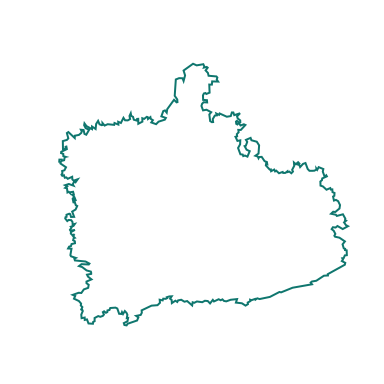 the district of Sunamganj, Sylhet, Bangladesh, rotated 165°
{"feature_id": "16705992B61059366245275", "entity_name": "Sunamganj", "entity_type": "district", "adm_level": 2, "iso_a3": "BGD", "parent_name": "Bangladesh", "parent_adm1": "Sylhet", "projection": "mercator", "projection_center": [91.358, 24.888], "detail": "fine", "context": "isolated", "style": "outline", "palette": "teal", "viewbox_px": 384, "rotation_deg": 165, "n_neighbors": 0, "source": "geoboundaries", "source_scale": "gbopen_adm2", "svg_char_len": 5964}
<svg xmlns="http://www.w3.org/2000/svg" viewBox="0 0 384 384"><g transform="rotate(165 192 192)"><path d="M303.6,274.6L305.5,266.9L303.0,266.2L302.4,268.4L301.6,268.4L301.8,265.8L307.9,264.7L308.4,263.5L306.5,262.1L307.0,259.9L304.9,258.6L305.9,258.6L307.3,255.8L309.5,255.8L309.4,257.0L311.7,257.6L312.4,255.6L311.0,254.9L311.7,253.6L307.3,248.5L309.6,246.0L312.0,245.9L312.3,243.7L313.6,242.5L313.1,241.2L311.4,241.4L311.2,238.7L309.6,238.6L308.6,236.9L303.8,237.7L304.3,235.1L303.4,233.6L299.1,233.9L302.0,231.5L303.0,232.7L305.2,230.3L304.8,228.8L308.9,231.6L312.8,231.4L311.1,229.8L313.4,228.8L311.8,227.8L312.4,223.8L311.0,224.1L310.0,222.4L309.8,223.3L306.8,223.0L306.8,220.1L308.3,220.3L306.9,217.5L306.4,213.2L306.8,214.8L307.5,213.9L308.0,217.1L309.0,216.4L309.2,212.7L307.8,212.1L307.7,209.4L306.5,208.2L309.0,205.2L312.8,204.1L312.3,198.5L315.3,199.2L315.4,202.2L316.2,202.8L319.1,202.5L319.6,200.5L320.7,200.4L321.3,199.2L320.0,196.2L318.4,196.9L315.9,196.0L315.2,193.9L315.7,191.5L313.4,191.5L315.3,189.9L318.0,189.8L317.6,188.8L319.7,187.0L319.4,186.0L314.9,185.7L319.3,184.6L319.8,183.2L318.6,181.1L316.4,181.6L318.3,180.2L317.1,178.1L318.2,178.1L319.3,176.2L317.9,174.7L318.3,172.8L321.8,172.9L322.9,171.1L324.9,171.0L326.3,169.5L323.1,168.4L325.8,162.5L325.5,161.2L321.3,158.4L322.9,158.0L322.8,156.2L312.8,152.4L309.6,149.4L310.5,148.7L317.4,150.9L320.3,149.7L317.6,148.0L314.1,143.5L310.3,141.3L310.3,139.9L310.6,139.0L314.8,139.3L314.4,137.2L311.7,133.6L317.1,132.8L317.5,131.2L315.8,129.1L317.1,126.3L321.7,125.9L325.0,123.1L327.6,124.0L333.8,123.5L331.7,121.8L333.6,119.5L329.5,116.0L328.0,112.9L328.8,111.2L327.7,109.2L330.0,106.5L328.6,107.4L328.3,105.3L330.7,102.2L331.3,98.7L328.2,98.5L328.7,96.2L326.4,96.1L326.0,91.8L321.8,90.4L321.1,92.1L319.5,92.4L318.7,95.5L314.7,96.4L312.9,95.2L310.2,95.4L308.8,96.4L309.2,99.0L307.8,99.5L306.4,97.6L304.9,97.9L304.3,99.5L302.3,99.4L301.0,101.1L295.8,100.1L294.3,98.8L293.9,93.2L291.8,92.5L290.7,94.1L290.2,92.0L287.7,94.4L286.5,92.1L286.2,90.1L287.6,87.1L286.3,86.9L287.8,83.8L291.8,83.0L291.7,81.0L289.7,80.1L288.3,81.4L278.3,82.1L276.3,84.7L278.0,86.8L273.4,86.5L271.7,88.4L271.3,90.7L260.5,92.7L254.6,91.6L251.6,93.3L251.1,96.3L248.4,94.9L247.4,96.4L245.0,95.6L243.5,95.9L243.6,96.9L240.9,97.0L238.6,96.5L240.8,94.6L239.6,93.0L240.2,89.9L236.2,91.3L234.7,89.6L233.5,90.9L230.3,90.7L227.7,88.0L224.9,87.9L221.2,82.4L219.9,85.3L218.5,84.4L215.6,85.0L210.6,82.9L207.7,83.6L205.0,82.6L203.4,79.7L199.8,82.4L199.1,80.6L194.0,81.5L192.3,80.0L190.4,80.4L189.3,78.5L187.2,77.5L182.6,77.9L176.2,76.9L178.2,73.8L172.6,71.6L169.7,68.4L167.0,69.2L166.8,70.8L163.9,71.5L163.7,72.9L162.4,72.1L158.7,72.4L158.6,71.6L156.5,72.4L154.4,71.1L143.9,70.5L133.4,72.8L131.9,72.0L119.6,73.5L100.0,71.8L100.8,73.8L99.4,74.5L94.9,74.1L86.2,77.0L82.3,76.2L82.1,77.5L63.2,82.2L62.3,83.9L65.1,86.5L63.7,87.6L64.0,89.1L62.6,88.9L60.8,91.2L58.8,90.9L57.7,95.6L59.2,96.3L58.8,97.5L60.0,98.3L60.1,102.5L57.1,104.7L61.4,109.7L65.4,111.8L65.8,112.9L64.4,114.4L65.1,117.8L66.7,120.0L65.0,121.5L62.5,120.5L60.3,121.5L56.0,117.2L50.2,118.6L51.9,120.2L53.0,123.3L50.6,124.4L51.5,125.2L50.8,126.6L52.0,131.4L58.3,131.4L58.9,132.8L63.3,135.0L60.7,136.4L58.8,135.6L53.8,137.9L52.4,141.1L53.2,145.3L55.0,147.1L57.1,147.0L56.9,151.1L55.5,151.5L54.6,154.2L56.3,155.5L55.8,158.2L57.2,158.4L57.4,160.0L61.5,159.4L64.1,163.5L66.2,164.9L65.3,168.9L63.4,169.8L62.7,171.4L57.7,172.2L58.0,173.4L59.9,172.3L60.4,177.8L59.2,180.2L63.2,183.2L65.3,181.0L65.8,182.4L66.0,181.4L68.5,180.9L73.1,182.1L74.3,184.3L74.9,190.6L77.5,190.4L81.1,188.1L81.3,190.2L82.8,191.2L81.0,191.8L81.8,193.3L84.5,192.0L85.9,194.1L86.5,190.8L89.5,187.5L89.2,185.6L91.2,184.4L92.7,186.5L94.6,186.5L94.5,187.3L96.9,186.3L99.0,186.8L99.2,187.9L103.1,187.6L105.1,190.8L106.4,190.4L106.8,192.4L110.2,191.6L110.0,193.4L111.1,193.5L113.8,198.6L113.1,200.1L112.1,199.4L111.9,201.6L113.9,203.0L115.6,207.9L118.1,208.4L119.0,207.4L119.3,209.2L121.4,210.6L117.8,211.9L115.1,219.7L116.4,223.8L121.2,226.6L121.4,229.1L126.4,228.4L125.7,226.1L128.0,222.8L129.3,222.7L128.3,218.7L125.7,216.5L129.3,211.8L131.4,213.5L133.2,213.4L133.3,215.0L135.5,215.9L136.1,222.6L133.2,225.6L132.0,229.4L134.9,229.6L135.7,234.1L134.0,234.1L133.7,236.3L131.5,237.6L131.2,240.0L128.8,239.3L123.1,242.9L124.4,244.0L127.9,243.7L129.0,246.7L130.7,245.5L131.6,246.4L131.3,248.6L130.2,249.1L128.6,246.8L127.3,246.9L126.9,248.7L128.8,251.2L128.9,253.4L125.2,255.6L131.3,255.3L131.5,258.1L132.9,258.5L134.9,255.3L138.9,255.7L145.0,260.7L145.9,259.5L148.2,261.5L148.2,259.6L150.2,259.9L153.1,257.0L153.5,254.1L154.7,254.3L156.1,255.8L155.2,262.4L152.8,264.1L156.7,267.7L160.2,268.0L160.6,272.7L159.4,274.6L157.6,275.7L154.2,274.6L153.8,276.8L157.4,278.1L156.4,282.5L155.0,284.1L153.4,284.1L152.8,283.0L149.3,283.4L147.5,291.3L145.0,290.6L143.9,293.6L138.2,291.9L139.0,294.2L137.9,296.0L138.5,297.3L145.9,300.0L145.8,302.9L147.4,305.9L144.7,308.0L145.4,309.0L148.3,309.1L147.6,310.0L148.0,312.5L154.7,313.1L157.8,315.6L168.7,311.5L168.5,306.4L171.4,301.4L171.7,304.3L175.0,305.3L178.5,304.9L183.8,289.4L182.3,285.2L182.8,282.6L183.7,282.6L185.5,285.7L194.5,278.4L195.9,275.2L197.0,277.8L198.8,277.6L202.0,273.0L198.1,270.3L199.5,268.9L206.1,268.6L209.1,266.8L213.3,269.7L211.2,271.5L212.9,273.3L212.8,275.1L215.6,273.9L215.4,275.8L216.2,276.3L219.3,275.0L220.9,276.1L221.7,272.8L226.2,271.8L225.0,276.6L226.1,276.8L226.9,275.3L229.5,276.9L229.5,279.8L231.0,281.3L230.8,283.9L232.7,281.6L232.9,278.5L235.5,277.8L238.1,278.6L239.0,281.4L242.8,277.1L245.1,278.9L245.7,276.2L249.0,278.7L249.8,277.0L255.9,279.3L259.2,278.8L260.6,281.8L261.0,279.9L261.9,279.9L263.8,281.3L264.3,285.0L267.0,282.5L268.8,277.8L271.6,281.1L272.3,278.6L276.9,283.0L278.1,286.1L278.9,284.4L278.2,281.2L275.3,278.7L279.3,274.7L280.8,275.9L280.7,280.0L283.2,280.9L282.8,279.0L283.7,277.7L286.5,276.4L290.6,276.7L291.3,274.5L295.9,281.9L297.6,281.3L297.6,275.8L299.3,274.7L303.6,274.6Z" fill="none" stroke="#0f766e" stroke-width="2"/></g></svg>